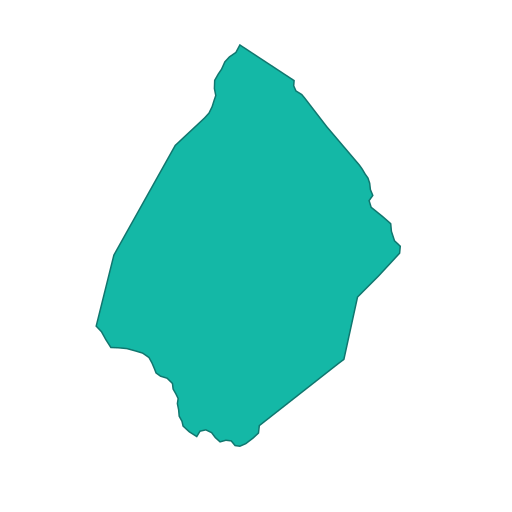 Cardeal da Silva, Bahia, Brazil (orthographic projection), rotated 202°
{"feature_id": "56859067B32277633008577", "entity_name": "Cardeal da Silva", "entity_type": "district", "adm_level": 2, "iso_a3": "BRA", "parent_name": "Brazil", "parent_adm1": "Bahia", "projection": "orthographic", "projection_center": [-37.94, -12.045], "detail": "fine", "context": "isolated", "style": "filled", "palette": "teal", "viewbox_px": 512, "rotation_deg": 202, "n_neighbors": 0, "source": "geoboundaries", "source_scale": "gbopen_adm2", "svg_char_len": 1110}
<svg xmlns="http://www.w3.org/2000/svg" viewBox="0 0 512 512"><g transform="rotate(202 256 256)"><path d="M269.6,420.4L274.0,422.8L280.8,424.0L284.8,427.9L286.4,432.9L350.0,445.6L350.9,437.2L355.2,430.7L357.6,424.4L357.9,416.3L359.1,410.7L360.1,403.4L357.3,395.7L353.4,389.7L353.1,384.3L352.6,378.1L353.1,370.9L355.4,364.7L372.3,328.3L384.4,232.9L388.1,203.6L377.9,131.1L370.9,127.9L364.0,122.3L356.3,116.8L349.1,119.4L341.0,121.8L332.4,122.8L324.8,123.5L317.2,121.8L312.2,117.7L308.2,113.7L304.8,110.1L299.5,108.8L292.7,109.4L285.7,106.5L283.0,101.6L278.8,98.3L274.8,94.7L273.6,89.7L270.1,84.4L267.2,78.7L262.7,75.0L259.9,71.0L252.0,68.0L243.3,66.4L242.3,72.6L237.4,76.0L231.0,75.6L225.7,72.4L219.7,70.2L214.9,73.9L209.7,75.3L204.4,72.4L199.7,73.6L195.2,78.2L190.5,86.1L187.4,92.8L189.4,100.0L139.8,186.4L135.8,193.1L146.5,256.0L134.9,283.4L123.9,312.4L125.9,319.1L133.3,322.0L139.7,329.6L143.2,336.4L152.5,339.7L167.5,344.3L171.9,349.7L170.4,355.9L174.8,360.4L177.9,366.1L181.4,370.2L185.6,372.9L190.0,376.3L194.2,379.0L238.9,402.4L269.6,420.4Z" fill="#14b8a6" stroke="#0f766e" stroke-width="1.5"/></g></svg>